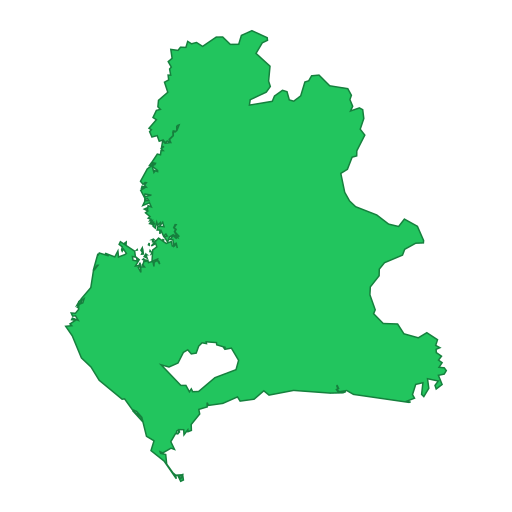 Panamá, Panama
{"feature_id": "35544464B75623018343213", "entity_name": "Panamá", "entity_type": "district", "adm_level": 2, "iso_a3": "PAN", "parent_name": "Panama", "parent_adm1": "", "projection": "robinson", "projection_center": [-79.506, 9.204], "detail": "fine", "context": "isolated", "style": "filled", "palette": "green", "viewbox_px": 512, "rotation_deg": 0, "n_neighbors": 0, "source": "geoboundaries", "source_scale": "gbopen_adm2", "svg_char_len": 6064}
<svg xmlns="http://www.w3.org/2000/svg" viewBox="0 0 512 512"><path d="M356.8,150.8L364.8,135.1L360.2,129.2L363.8,118.5L362.7,109.7L359.4,107.9L350.5,111.0L352.7,106.3L349.9,99.6L351.4,95.3L347.8,88.7L329.7,85.8L319.0,75.1L311.6,75.8L308.7,80.8L304.9,82.0L300.7,95.9L293.7,101.2L289.3,99.9L287.0,91.7L282.5,90.3L274.5,96.0L272.3,101.3L249.4,105.1L250.2,99.7L266.3,92.1L270.3,86.5L268.6,81.1L270.0,66.2L256.0,53.4L262.3,42.8L267.5,40.3L267.2,37.7L251.9,30.7L241.4,35.4L238.7,44.3L230.3,44.4L222.7,37.0L216.2,37.1L202.6,46.4L196.5,42.5L191.5,43.8L187.7,41.4L185.9,47.4L180.5,47.2L178.0,50.4L170.8,49.4L172.1,58.3L168.2,61.6L171.3,67.1L169.6,69.0L170.7,75.2L168.1,75.1L168.7,79.9L164.5,82.2L167.8,92.3L158.5,100.3L157.9,106.8L160.4,109.4L156.4,110.4L153.0,117.5L156.4,119.7L149.0,128.3L151.4,129.7L149.6,131.6L151.9,137.0L157.2,135.6L159.2,141.2L163.3,140.0L165.1,142.7L167.2,141.0L170.6,142.2L169.2,139.3L173.1,135.5L172.8,132.3L173.2,131.1L173.9,130.8L175.0,131.8L176.8,130.4L176.7,126.4L177.7,125.4L179.1,124.9L176.9,130.5L175.0,132.0L173.3,131.2L173.3,135.7L169.5,139.5L170.8,142.5L165.1,143.3L162.7,140.8L161.6,147.1L164.0,146.5L161.1,148.8L163.1,150.6L161.0,150.7L160.5,154.8L157.3,154.1L151.7,162.5L155.5,163.3L154.7,164.7L151.3,162.9L149.6,165.3L153.6,164.6L152.7,166.6L157.6,170.5L157.6,171.6L154.2,170.4L154.6,171.6L153.9,172.5L151.9,165.5L147.3,168.9L140.5,181.3L143.0,184.3L145.0,182.5L146.4,182.7L144.6,185.0L146.2,187.1L142.0,186.3L141.4,188.5L142.3,188.9L143.0,188.0L144.1,188.2L140.7,190.3L144.3,197.2L145.0,194.0L151.4,195.1L144.9,196.7L144.8,200.0L147.3,198.4L148.9,200.7L145.1,200.7L142.8,205.5L149.5,202.8L151.3,206.9L148.1,205.7L147.5,209.3L147.0,207.9L144.3,209.1L147.9,211.0L145.5,212.8L150.0,216.6L148.2,218.2L151.0,219.3L149.7,220.8L152.1,220.5L149.6,223.6L151.3,224.0L152.3,222.0L153.6,222.1L152.3,225.3L154.7,223.0L153.1,226.2L155.3,228.1L156.7,222.2L157.6,225.1L160.2,222.7L159.9,225.8L162.7,222.2L164.0,226.7L158.0,226.2L157.1,230.0L159.9,230.1L159.8,233.8L161.2,230.9L163.6,236.3L165.9,234.0L167.2,236.0L164.2,236.7L167.6,242.0L169.5,237.0L173.2,234.7L177.5,237.3L174.4,231.6L175.6,229.5L173.7,227.7L175.1,224.6L176.1,224.7L174.0,227.7L176.1,229.3L174.9,231.9L178.9,236.1L176.2,238.4L173.1,235.6L170.1,239.5L172.8,239.6L173.9,245.9L175.3,243.5L176.3,243.5L177.3,248.1L176.1,243.6L174.3,246.1L172.3,246.0L171.3,241.6L166.2,243.5L158.6,238.1L151.3,245.9L155.8,243.6L156.8,246.9L152.7,250.0L152.0,261.3L157.7,259.0L157.5,260.2L159.0,261.6L159.7,264.1L157.4,260.5L154.2,262.1L153.9,266.5L152.9,261.3L148.4,262.6L147.9,260.3L145.2,260.0L146.5,261.1L143.8,261.6L142.9,265.0L144.5,266.9L140.7,266.9L140.9,272.4L138.3,267.5L140.3,266.7L140.1,262.7L138.9,265.6L135.4,266.0L139.2,259.7L136.4,257.4L137.3,261.1L133.0,260.2L132.4,256.5L135.4,257.1L134.7,251.2L120.4,241.7L119.1,244.4L122.3,246.9L121.6,249.9L122.2,251.2L123.4,249.0L126.4,253.4L124.8,254.6L118.5,257.0L117.9,251.0L114.8,256.9L105.1,253.2L108.7,255.9L99.3,253.0L97.8,255.6L97.9,253.7L93.2,270.7L97.1,265.3L98.0,265.3L93.4,271.0L90.8,287.6L81.2,298.9L81.2,302.6L81.9,300.2L84.1,298.7L82.8,302.9L79.9,304.0L76.8,307.8L78.6,306.2L78.6,309.4L75.4,313.3L71.2,313.0L72.6,316.1L75.5,315.8L78.2,320.3L72.4,318.1L71.6,319.7L75.7,320.2L70.0,323.9L71.7,325.7L65.7,326.3L72.3,335.9L81.4,357.9L91.1,367.1L99.2,380.3L122.1,399.2L124.6,398.9L132.2,409.5L136.6,411.4L141.8,417.3L146.5,436.3L154.0,440.8L151.0,450.6L164.1,461.1L176.3,478.7L175.6,475.5L177.8,475.3L180.7,481.3L183.4,480.0L182.7,475.2L181.0,478.4L179.2,477.0L181.9,474.8L175.7,475.2L172.9,472.8L166.7,464.1L165.7,454.5L160.6,453.4L160.0,451.7L162.8,452.9L171.0,448.2L174.5,449.4L170.8,441.7L175.4,433.8L176.3,433.2L177.0,433.9L177.3,433.9L178.7,433.4L176.3,433.1L176.8,430.9L178.7,430.0L178.6,432.8L179.5,432.0L178.7,429.6L183.7,429.7L184.0,434.8L187.8,429.8L188.0,431.7L191.4,430.4L191.2,424.5L199.7,414.0L198.8,409.4L207.2,406.9L207.1,402.6L208.5,405.4L222.8,403.4L237.5,396.9L240.1,401.1L254.1,399.2L263.8,390.8L269.0,395.1L293.6,390.4L330.3,393.1L343.0,392.8L345.9,391.6L340.7,392.6L337.8,391.5L336.4,389.5L338.3,388.5L336.9,386.6L337.0,385.0L338.6,388.5L336.8,389.6L339.4,391.7L346.7,390.5L353.5,394.4L409.0,402.4L410.6,402.0L405.7,401.6L414.5,398.2L412.5,394.6L415.7,384.4L422.9,382.7L421.6,394.4L423.8,396.6L428.8,388.3L427.5,378.7L438.3,381.0L435.0,385.4L436.2,389.0L442.1,384.5L438.4,375.3L444.2,374.1L446.3,370.6L444.2,367.8L439.0,367.3L442.1,362.7L438.5,360.1L441.5,356.2L436.3,352.6L436.1,349.3L439.9,347.7L435.7,345.4L437.5,339.7L426.8,332.7L418.3,337.8L403.9,333.8L397.6,324.0L383.2,323.5L373.6,313.7L375.2,309.8L369.9,294.8L370.3,286.9L379.1,275.8L379.3,269.1L384.5,262.7L402.5,255.1L404.7,249.3L415.7,243.2L423.4,242.9L423.6,240.5L417.4,226.3L404.4,219.1L398.6,226.5L388.6,224.1L376.8,215.0L355.6,206.7L349.6,201.0L344.7,192.3L340.8,173.4L347.4,169.3L352.1,157.2L356.7,155.9L356.8,150.8ZM206.2,341.8L216.5,342.6L216.7,344.8L225.7,347.5L223.8,347.8L224.9,349.3L231.4,348.1L238.6,360.3L236.0,369.7L214.9,377.7L198.6,391.5L192.7,391.7L191.3,388.9L189.4,391.8L185.9,385.4L180.8,385.4L161.1,364.8L169.0,367.0L178.0,363.0L183.4,352.4L187.7,349.8L191.3,353.9L196.2,353.1L198.7,346.1L202.1,342.8L206.5,343.6L206.2,341.8ZM141.0,417.0L132.4,410.4L141.7,420.6L141.0,417.0ZM145.7,254.2L144.2,256.6L147.1,258.1L145.7,254.2ZM80.7,299.8L78.7,301.7L78.8,303.8L80.9,302.6L80.7,299.8ZM142.3,247.8L140.9,250.2L142.1,252.0L142.8,250.8L142.3,247.8ZM149.2,245.2L149.2,243.0L148.4,244.8L149.2,245.2ZM126.2,242.0L124.7,243.1L126.1,244.2L126.2,242.0ZM143.4,254.0L143.0,251.1L141.6,254.2L143.4,254.0ZM76.9,305.3L78.6,304.3L78.2,303.0L76.9,305.3ZM154.0,241.7L152.7,241.0L152.6,241.8L154.0,241.7ZM151.0,251.8L150.1,250.6L149.9,251.6L151.0,251.8ZM144.7,260.5L143.7,258.8L142.8,259.5L144.7,260.5ZM163.7,240.0L162.3,239.2L163.5,240.2L163.7,240.0ZM154.3,239.9L153.4,239.1L152.1,239.7L154.3,239.9ZM141.6,265.7L142.6,264.8L142.6,264.4L141.6,265.7ZM151.5,253.7L152.4,253.1L152.1,252.5L151.5,253.7ZM146.2,255.0L147.0,254.9L146.3,254.4L146.2,255.0ZM136.7,250.1L137.3,250.0L137.2,249.6L136.7,250.1Z" fill="#22c55e" stroke="#15803d" stroke-width="1.5"/></svg>